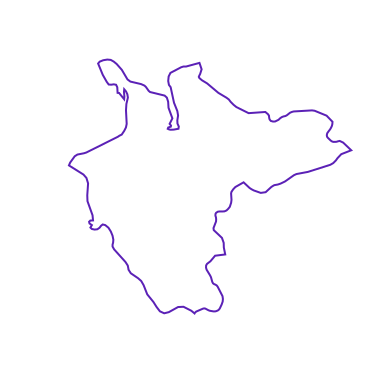 the District of Bheri, rotated 21°
{"feature_id": "NPL-1124", "entity_name": "Bheri", "entity_type": "District", "adm_level": 1, "iso_a3": "NPL", "parent_name": "Nepal", "parent_adm1": "", "projection": "mercator", "projection_center": [81.774, 28.487], "detail": "fine", "context": "isolated", "style": "outline", "palette": "violet", "viewbox_px": 384, "rotation_deg": 21, "n_neighbors": 0, "source": "natural_earth", "source_scale": "10m", "svg_char_len": 3119}
<svg xmlns="http://www.w3.org/2000/svg" viewBox="0 0 384 384"><g transform="rotate(21 192 192)"><path d="M237.8,304.4L233.9,303.1L225.2,302.2L220.2,304.4L213.4,312.5L209.5,315.2L204.8,314.9L200.1,312.0L195.4,308.5L186.9,303.6L180.2,296.3L176.5,293.3L172.5,291.8L164.0,289.8L160.6,287.3L160.6,287.2L158.4,283.7L155.0,281.2L139.9,273.5L137.4,271.4L136.7,269.6L136.5,267.6L135.7,264.8L133.5,261.3L130.4,258.0L126.8,255.3L122.9,254.0L120.3,254.3L119.2,256.1L118.5,258.5L117.0,260.7L114.5,262.0L111.7,262.4L109.9,261.6L110.4,258.8L107.6,258.1L106.6,256.7L107.3,255.1L109.8,254.0L107.5,249.4L97.7,238.0L95.4,232.6L91.9,221.2L88.4,216.7L84.4,214.6L67.6,211.3L67.7,208.2L69.7,200.7L71.6,198.1L77.2,194.6L79.2,193.0L103.0,167.0L104.1,165.4L105.8,163.6L106.8,159.3L107.2,155.4L106.6,151.8L101.1,139.4L99.2,133.3L98.3,126.8L96.6,123.9L94.4,121.8L91.9,120.4L92.6,122.9L94.7,127.2L95.4,129.7L88.5,125.7L87.0,126.1L84.7,121.0L82.7,119.1L80.4,119.5L78.1,120.8L75.7,121.5L72.9,119.7L66.7,114.6L58.3,105.7L59.1,103.4L61.9,100.8L65.5,98.7L68.8,97.8L72.2,98.3L75.8,99.5L82.7,103.1L91.4,110.0L94.9,111.0L105.8,109.5L109.5,109.7L111.4,110.5L115.3,113.1L117.0,113.7L131.9,111.8L134.7,112.9L137.4,116.3L139.9,121.8L147.3,130.3L146.7,136.4L148.6,137.5L148.8,138.6L146.7,140.3L146.7,141.7L148.4,141.8L149.8,141.5L152.6,140.3L156.7,137.8L156.2,135.6L153.9,133.3L152.6,130.3L151.6,125.6L149.3,121.7L143.2,115.1L134.5,101.8L132.1,100.3L130.0,96.9L128.8,92.5L129.2,88.5L137.2,79.4L139.1,77.9L141.5,77.0L152.7,68.8L157.0,74.0L157.3,78.9L157.1,80.7L157.1,82.1L158.1,83.0L161.2,84.1L167.2,85.2L181.1,90.0L190.3,91.6L193.2,92.4L195.8,94.0L199.6,95.7L203.0,96.8L216.6,98.1L231.8,91.0L235.2,92.2L235.9,92.8L236.4,93.0L236.5,93.2L237.6,95.3L238.5,96.5L240.1,97.4L242.3,97.2L244.3,96.4L246.9,93.6L247.9,91.5L249.0,89.9L250.3,88.7L252.0,87.6L253.1,86.3L255.1,82.9L256.4,81.6L258.0,80.4L274.8,72.8L277.4,72.2L290.3,72.5L298.0,76.1L298.7,78.4L298.9,80.1L298.8,82.0L298.5,83.9L298.1,85.3L297.7,86.6L297.2,88.6L297.3,89.8L297.6,90.9L298.3,92.0L299.4,92.7L302.9,94.2L304.3,94.6L305.8,94.6L307.7,93.9L309.1,93.2L309.9,92.5L311.6,91.4L315.4,91.7L325.7,96.0L317.8,103.2L315.7,108.3L315.0,111.0L313.5,114.4L311.4,117.0L293.0,131.7L283.1,137.8L281.2,139.7L275.0,148.9L271.6,152.5L269.4,154.3L266.4,156.1L265.4,157.3L264.3,158.8L260.8,165.8L256.5,168.2L249.1,168.4L246.6,168.1L244.3,167.6L236.7,164.5L230.7,171.8L229.5,174.7L228.8,177.7L229.0,179.3L231.7,185.2L232.4,188.1L232.6,192.3L231.8,194.8L230.8,196.9L229.7,198.0L229.0,198.6L224.7,200.3L223.2,201.1L222.0,202.7L221.8,204.1L222.4,205.8L223.4,207.0L224.3,208.7L225.0,210.9L225.0,218.0L226.0,219.8L236.4,224.1L239.8,228.1L241.6,232.4L245.4,238.4L236.4,243.2L234.0,250.1L231.8,253.7L231.5,255.5L232.2,257.6L233.5,259.3L238.8,263.4L240.3,264.8L243.1,268.6L244.3,269.7L245.7,270.1L247.1,270.1L248.6,270.4L250.0,271.3L257.8,278.3L259.2,280.8L259.9,283.3L260.0,286.4L259.7,290.5L259.5,291.5L259.1,292.5L258.6,293.3L257.5,294.4L256.5,295.1L254.7,295.8L251.2,296.5L249.7,296.5L246.5,296.1L245.7,296.1L244.7,296.5L243.9,297.1L238.7,302.2L237.8,304.3L237.8,304.4Z" fill="none" stroke="#5b21b6" stroke-width="2"/></g></svg>